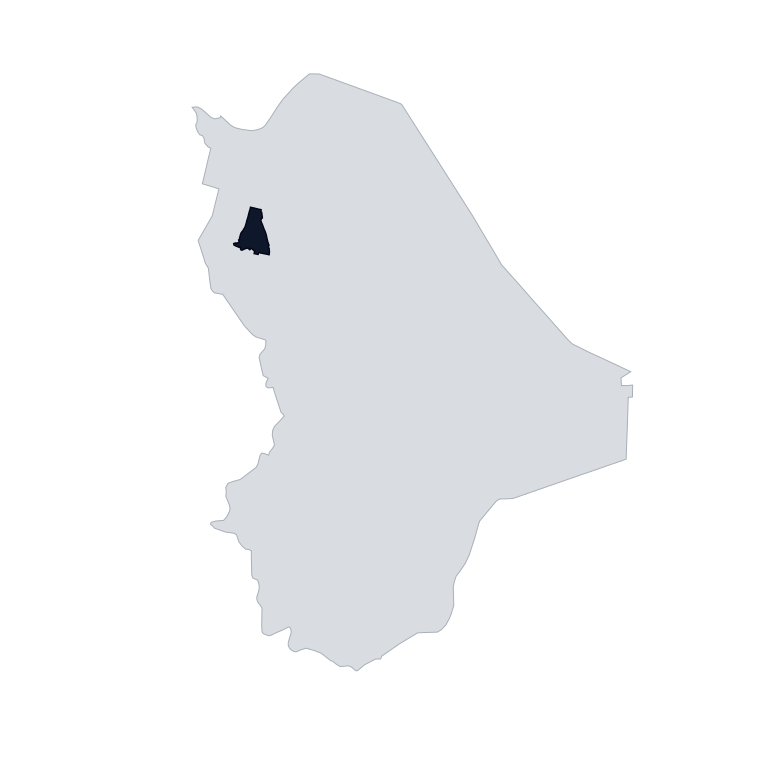 Al-Maimouna, Maysan, Iraq (highlighted), rotated 194°
{"feature_id": "34846034B98238894977989", "entity_name": "Al-Maimouna", "entity_type": "district", "adm_level": 2, "iso_a3": "IRQ", "parent_name": "Iraq", "parent_adm1": "Maysan", "projection": "equal_earth", "projection_center": [46.821, 31.466], "detail": "fine", "context": "in_parent", "style": "filled", "palette": "ink", "viewbox_px": 768, "rotation_deg": 194, "n_neighbors": 0, "source": "geoboundaries", "source_scale": "gbopen_adm2", "svg_char_len": 4646}
<svg xmlns="http://www.w3.org/2000/svg" viewBox="0 0 768 768"><g transform="rotate(194 384 384)"><path d="M320.7,116.4L325.6,115.1L334.8,107.0L340.3,99.5L342.0,98.9L346.8,101.3L350.2,102.0L358.1,99.2L362.8,100.7L366.7,102.5L368.9,102.7L379.4,107.4L382.0,107.9L387.4,108.5L395.6,108.8L400.8,105.7L404.6,102.7L407.2,102.8L409.7,103.5L411.8,104.8L413.6,107.0L414.4,110.2L413.9,120.2L414.7,122.9L416.1,124.8L417.9,125.2L420.2,123.0L424.1,119.8L428.9,116.3L432.4,113.1L434.5,111.9L437.7,112.1L440.8,112.6L442.5,114.2L442.5,114.7L444.1,119.4L448.2,137.1L450.5,139.4L453.2,141.3L455.1,143.9L455.9,146.6L455.6,150.7L455.6,155.5L456.7,159.1L458.3,161.9L459.7,163.3L461.9,163.5L464.5,164.1L466.2,166.9L471.7,187.2L472.2,189.8L474.6,190.7L478.4,190.3L482.4,192.4L486.6,195.7L490.6,201.9L493.3,202.9L501.7,202.0L513.2,203.0L518.6,206.2L518.1,208.1L513.9,210.4L506.6,212.9L504.4,217.3L503.1,223.0L503.3,226.2L505.1,229.7L510.3,236.7L510.6,239.2L511.5,242.8L512.5,245.2L511.4,249.9L506.6,253.1L500.4,256.6L487.9,272.2L487.0,275.6L487.0,284.9L485.8,287.5L481.9,287.5L478.8,287.0L478.6,290.2L476.6,294.5L475.5,298.3L480.0,307.2L480.8,311.9L480.1,316.2L475.8,323.6L473.2,328.6L473.8,329.7L477.1,331.7L487.4,348.1L490.7,353.8L495.0,352.3L496.7,352.4L498.0,353.3L498.7,355.3L498.7,357.7L497.6,361.4L503.2,362.9L505.2,366.6L511.6,379.4L511.4,383.2L508.2,389.3L508.2,393.3L508.9,396.9L509.9,398.1L519.5,398.6L523.6,400.1L533.5,406.6L544.9,416.7L554.2,424.9L562.1,432.0L570.6,431.4L572.9,432.7L575.1,434.9L577.5,440.7L582.4,453.8L586.6,458.1L593.0,468.6L599.1,478.4L595.2,491.8L591.3,505.8L591.4,523.8L591.4,533.4L599.6,533.9L608.7,534.3L608.8,545.9L609.0,557.6L609.1,570.9L611.8,571.4L616.1,574.3L617.9,578.6L620.2,581.0L623.0,581.3L625.7,583.5L628.4,587.3L629.4,590.2L628.7,592.2L629.3,595.8L631.2,600.8L633.6,603.2L637.1,606.1L632.3,607.7L627.1,606.5L615.9,600.6L612.2,600.4L607.5,602.6L607.3,604.6L595.5,598.1L591.2,596.7L589.7,596.6L582.9,596.7L573.3,597.8L567.7,600.5L563.7,603.4L561.9,606.1L561.3,607.6L558.2,615.8L554.7,626.4L551.0,635.8L543.8,649.2L539.8,655.4L531.3,666.9L522.0,669.1L500.6,666.9L476.9,664.4L453.2,661.9L435.7,660.0L434.3,659.4L417.0,643.0L403.4,630.1L386.4,614.0L369.1,597.5L351.6,580.9L338.9,568.8L323.6,553.3L309.6,539.2L298.6,528.0L284.4,518.3L273.3,510.7L257.3,499.6L244.4,490.8L233.4,483.2L216.5,471.6L210.9,468.4L193.2,464.5L176.5,461.3L159.1,457.9L147.6,455.6L155.5,447.3L153.3,439.9L147.7,441.3L142.5,443.1L139.8,431.5L143.8,430.1L140.5,415.1L137.2,399.7L134.1,384.8L130.9,369.6L145.8,359.9L156.9,352.6L172.5,342.5L187.5,332.7L201.7,323.4L217.4,313.1L231.4,304.0L244.1,300.3L246.8,297.4L252.9,284.9L258.0,274.2L258.3,271.7L258.7,256.7L259.9,239.0L261.8,229.5L264.8,221.2L267.5,215.1L267.9,209.5L267.7,203.7L265.2,195.0L262.7,185.9L263.2,177.2L263.8,172.5L265.7,165.1L268.8,159.6L272.1,156.2L284.0,152.8L291.1,150.7L300.7,141.1L306.4,135.4L314.3,126.3L320.2,119.6L320.7,117.3L320.7,116.4Z" fill="#d9dde1" stroke="#a8b0b8" stroke-width="1"/><path d="M526.8,481.6L526.8,482.3L527.0,483.7L527.1,484.3L527.5,485.6L527.9,486.6L528.3,487.9L529.2,488.7L529.4,489.3L529.1,490.6L529.7,491.6L531.0,493.6L531.8,495.0L532.2,495.8L532.9,497.2L534.0,499.5L535.2,501.7L535.7,502.3L536.2,503.1L536.5,503.5L538.1,505.6L540.6,509.3L542.2,511.4L543.1,512.9L543.1,514.3L542.2,515.7L542.5,516.6L544.3,521.1L545.2,521.4L545.2,521.9L545.3,522.3L545.4,523.4L546.3,523.4L547.0,523.3L550.1,523.3L552.6,523.3L556.3,523.2L556.2,520.9L556.4,518.5L556.4,516.5L556.4,514.5L556.4,512.6L556.5,511.1L556.6,509.5L556.6,507.9L556.6,506.2L556.7,504.5L556.8,502.8L557.2,501.4L557.6,500.2L557.7,499.8L558.1,498.3L558.6,497.5L559.1,496.3L559.3,495.4L559.4,493.8L559.4,492.4L559.5,490.9L559.2,489.5L559.9,488.6L559.4,487.6L558.8,487.3L559.2,486.2L559.9,485.6L560.8,485.4L561.2,484.8L561.8,484.5L562.2,484.9L563.0,484.4L563.8,483.9L563.4,483.1L563.2,482.6L562.3,482.3L561.2,482.1L560.2,482.0L559.4,481.8L558.4,481.7L557.9,481.6L557.4,481.8L556.9,482.0L556.6,482.0L556.4,481.5L556.1,480.9L555.8,480.3L555.6,479.9L555.3,479.6L554.7,479.5L554.1,479.5L553.6,479.9L553.1,480.4L552.6,480.8L552.1,481.2L551.5,481.6L550.8,482.1L550.2,482.4L549.6,482.6L548.8,483.0L548.3,482.7L547.7,482.3L547.1,481.9L546.8,481.8L546.5,482.1L546.2,482.7L545.8,483.3L545.6,483.5L544.9,483.3L544.1,482.8L543.4,482.5L542.8,482.1L542.1,481.8L541.7,481.6L541.6,480.7L541.6,479.9L541.5,479.1L540.8,479.2L539.8,479.2L539.0,479.2L538.3,479.2L537.5,479.3L537.5,480.4L537.5,481.2L536.6,481.3L536.2,481.3L535.7,481.2L534.6,481.3L533.6,481.4L532.6,481.4L532.0,481.4L531.4,481.5L530.5,481.5L529.6,481.6L528.8,481.6L528.0,481.6L527.3,481.6L526.8,481.6Z" fill="#0f172a" stroke="#020617" stroke-width="1.5"/></g></svg>